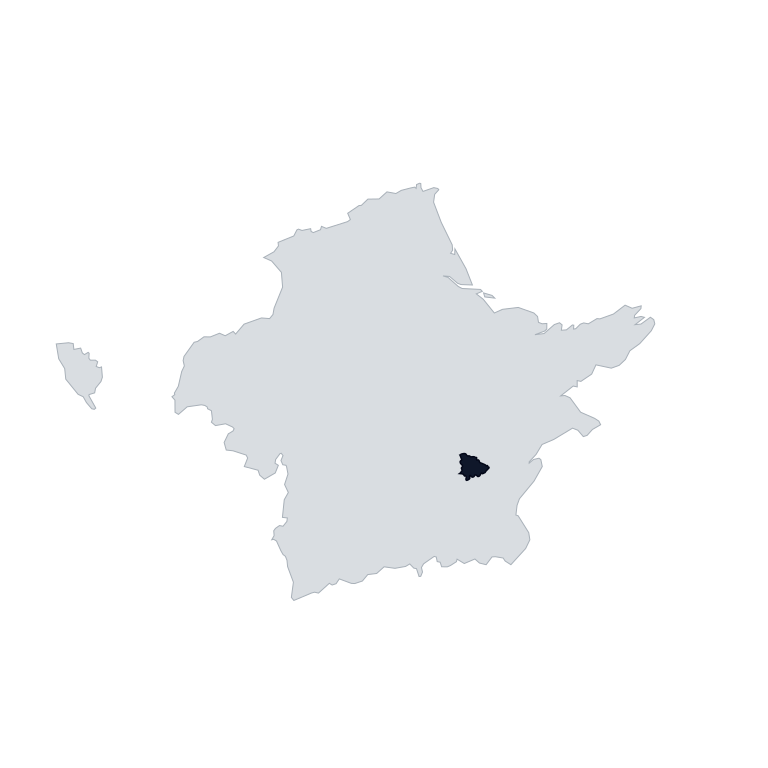 where Yvelines sits in France, rotated 145°
{"feature_id": "FRA-5357", "entity_name": "Yvelines", "entity_type": "Metropolitan department", "adm_level": 1, "iso_a3": "FRA", "parent_name": "France", "parent_adm1": "", "projection": "natural_earth1", "projection_center": [1.792, 48.763], "detail": "fine", "context": "in_parent", "style": "filled", "palette": "ink", "viewbox_px": 768, "rotation_deg": 145, "n_neighbors": 0, "source": "natural_earth", "source_scale": "10m", "svg_char_len": 5407}
<svg xmlns="http://www.w3.org/2000/svg" viewBox="0 0 768 768"><g transform="rotate(145 384 384)"><path d="M565.3,320.8L561.0,322.8L558.5,327.0L555.7,328.0L550.8,328.0L548.3,325.4L542.4,327.1L540.0,329.7L543.7,333.0L532.1,346.4L524.6,350.0L523.1,358.7L514.3,365.3L511.2,372.2L510.9,373.6L513.2,375.9L512.3,380.4L507.8,383.3L507.9,386.2L509.2,386.6L516.1,384.3L518.7,381.6L517.2,378.0L524.1,373.5L536.6,374.6L538.1,380.6L536.6,385.6L545.8,396.5L538.1,401.6L537.7,404.9L546.0,415.9L551.1,420.4L548.5,427.8L540.1,432.5L534.7,432.1L532.4,433.3L532.7,435.6L536.6,442.3L545.9,446.6L547.3,451.7L544.8,453.5L540.7,461.1L542.7,464.9L542.0,466.5L543.0,469.1L545.5,471.7L558.3,478.2L569.8,477.0L571.4,480.7L564.5,490.7L565.0,495.2L561.5,495.3L560.9,496.8L553.8,500.1L542.5,510.3L537.2,513.3L535.1,518.4L532.0,521.3L515.6,527.1L512.4,525.8L504.4,525.9L499.3,522.2L489.6,519.9L486.4,514.6L477.4,513.6L476.9,510.0L464.3,513.3L446.5,508.4L440.2,503.2L435.1,504.6L430.5,509.2L411.5,521.5L404.0,534.3L405.5,549.2L410.0,556.6L398.3,555.4L391.3,557.6L389.5,560.8L373.0,557.0L366.9,560.2L365.2,559.9L363.1,556.8L355.0,553.3L356.2,550.8L355.1,548.6L347.5,546.8L344.8,549.0L342.0,544.6L320.7,537.9L317.2,538.0L315.8,544.7L302.1,544.5L300.1,543.3L291.2,544.7L281.9,538.4L271.4,539.7L265.0,533.2L258.8,532.7L250.0,529.4L246.0,527.7L245.5,525.8L242.9,528.7L239.6,528.0L238.9,527.1L241.1,523.6L241.6,519.4L230.6,516.3L227.8,513.3L227.7,511.7L233.7,510.3L239.1,504.5L244.4,483.6L248.3,458.9L251.1,454.2L254.5,452.9L251.8,449.5L248.4,454.0L250.7,431.4L254.8,414.4L263.9,421.3L266.0,424.4L268.6,434.5L273.7,438.7L270.4,434.6L267.2,421.2L265.2,417.4L250.7,406.1L250.3,403.5L256.7,404.9L254.1,396.5L252.9,378.9L244.1,377.2L230.1,369.7L220.5,356.2L219.5,351.2L222.1,345.9L219.9,342.6L215.9,340.2L219.1,335.7L222.0,335.2L232.1,337.8L223.9,333.5L210.4,335.0L205.1,333.5L204.2,330.3L207.9,326.3L203.5,323.7L195.8,324.3L194.8,323.3L197.2,320.3L195.3,319.3L188.9,320.4L185.4,319.5L182.1,316.1L172.0,315.4L169.8,313.5L155.9,309.7L141.3,310.3L137.3,303.7L128.5,300.5L130.3,298.4L139.3,296.5L141.1,294.6L134.7,291.9L132.4,289.2L144.3,288.6L139.1,285.7L127.5,285.9L126.1,282.0L127.7,277.9L134.5,274.3L151.3,270.4L163.5,270.2L172.2,265.6L180.7,264.4L188.7,266.6L199.4,278.1L208.2,273.0L221.2,273.2L223.8,276.0L227.4,270.8L230.2,273.8L246.1,272.9L242.4,270.8L239.5,266.0L239.1,248.1L231.2,235.1L229.3,230.4L229.9,226.4L239.3,227.2L247.1,225.4L250.9,226.6L251.7,234.9L254.9,239.7L276.7,241.2L289.2,243.8L299.8,239.1L309.7,237.0L310.5,235.9L304.8,236.4L299.6,234.3L298.9,232.1L301.7,225.6L316.8,218.4L338.9,212.3L344.6,208.3L351.1,201.0L349.7,199.1L350.7,179.2L353.9,172.7L362.3,168.0L383.7,163.2L386.3,169.5L386.2,173.1L391.9,178.7L394.7,180.4L404.0,177.4L408.5,182.6L409.9,188.5L421.2,190.9L424.6,198.6L426.6,196.9L433.7,197.2L437.0,197.9L441.6,201.2L440.2,205.8L442.3,208.0L440.4,212.3L441.8,214.0L454.7,214.0L458.6,212.2L460.3,207.9L464.2,205.4L465.7,206.2L463.3,214.1L465.2,216.1L466.1,221.8L471.0,222.2L480.7,226.7L488.8,234.2L498.7,233.0L506.6,237.2L514.7,235.0L522.4,237.3L525.1,239.4L532.4,250.0L537.8,247.9L541.8,249.1L543.1,252.1L557.6,250.3L560.3,253.3L563.4,254.4L582.0,258.4L582.3,262.3L571.9,273.6L567.7,289.7L564.6,295.2L563.6,299.4L564.5,302.2L564.1,306.6L562.1,317.1L563.5,320.1L565.3,320.8ZM638.4,539.4L637.7,546.1L640.5,551.0L641.9,570.5L636.7,579.8L636.0,591.2L629.5,604.8L618.7,598.7L615.4,595.4L618.2,590.2L611.9,587.4L613.3,582.4L612.5,579.9L608.2,579.6L607.9,578.3L611.0,574.4L610.9,572.0L606.7,569.0L605.8,566.4L609.7,563.4L607.8,560.6L605.6,560.0L610.8,551.1L614.4,548.4L622.7,546.0L626.1,542.7L631.6,544.5L632.5,543.6L633.9,529.6L635.8,529.4L637.6,531.3L638.4,539.4ZM251.5,397.5L250.2,401.5L244.7,394.6L244.0,390.8L251.5,397.5Z" fill="#d9dde1" stroke="#a8b0b8" stroke-width="1"/><path d="M352.0,253.5L353.2,253.7L354.0,253.8L354.8,254.1L354.8,254.3L355.0,255.1L355.7,255.1L357.8,254.1L358.5,253.9L359.2,253.9L359.9,254.2L360.2,254.4L360.3,254.7L360.7,256.4L361.3,257.3L363.4,256.6L364.0,256.6L364.7,256.8L365.1,257.1L365.7,258.1L365.5,259.0L365.7,259.6L366.3,259.8L366.9,259.4L367.6,258.0L368.0,257.4L368.7,257.2L370.6,257.3L371.3,257.6L371.6,257.7L371.7,257.9L371.8,258.3L371.7,258.6L371.5,259.0L371.3,259.3L370.3,260.0L369.8,261.2L369.9,262.3L370.8,262.5L370.8,264.3L371.3,265.4L373.5,267.3L372.8,267.3L369.8,268.2L369.5,268.5L369.3,269.1L369.0,270.4L368.7,270.8L368.3,271.0L367.5,271.1L367.1,271.3L366.6,272.1L366.5,272.9L366.8,274.6L366.8,275.3L366.5,276.2L366.1,276.8L365.5,277.1L364.3,277.1L363.9,277.2L363.7,277.5L362.7,281.5L362.6,282.2L362.3,282.0L361.1,282.3L360.2,282.0L358.4,281.2L357.9,280.8L357.5,280.4L357.1,279.7L357.1,279.4L357.1,278.7L357.1,278.4L357.1,278.1L357.0,277.8L356.9,277.4L356.6,276.9L356.1,276.7L355.5,276.3L355.2,276.0L355.0,275.7L355.0,275.1L354.8,274.7L354.3,274.3L352.6,273.3L352.0,272.8L351.7,272.4L351.4,271.6L351.1,271.3L350.6,271.0L350.5,270.8L350.4,270.5L350.6,270.2L350.8,269.9L351.3,269.4L351.5,269.0L351.5,268.7L351.5,268.4L350.5,267.9L350.3,267.6L350.2,267.4L350.1,267.0L350.1,266.8L350.1,266.5L350.2,266.3L350.4,265.6L350.5,265.2L350.5,264.8L350.3,264.2L350.0,263.8L349.5,263.1L347.5,259.9L347.4,259.4L347.3,259.1L347.4,258.7L347.4,258.4L347.2,258.2L346.9,258.2L346.5,258.1L346.3,258.1L346.1,257.8L346.1,257.5L346.1,257.3L346.2,256.9L346.2,256.5L346.2,256.2L345.8,255.6L345.9,255.3L346.2,255.0L350.7,254.1L352.0,253.5Z" fill="#0f172a" stroke="#020617" stroke-width="1.5"/></g></svg>